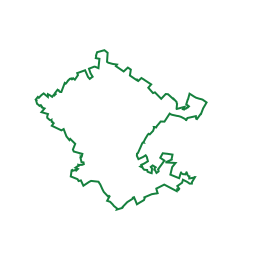 City of Tshwane, Gauteng, South Africa (Mercator projection), rotated 47°
{"feature_id": "47623444B80921072750836", "entity_name": "City of Tshwane", "entity_type": "district", "adm_level": 2, "iso_a3": "ZAF", "parent_name": "South Africa", "parent_adm1": "Gauteng", "projection": "mercator", "projection_center": [28.311, -25.594], "detail": "fine", "context": "isolated", "style": "outline", "palette": "green", "viewbox_px": 256, "rotation_deg": 47, "n_neighbors": 0, "source": "geoboundaries", "source_scale": "gbopen_adm2", "svg_char_len": 5221}
<svg xmlns="http://www.w3.org/2000/svg" viewBox="0 0 256 256"><g transform="rotate(47 128 128)"><path d="M44.9,169.0L45.1,172.6L43.8,172.7L44.3,176.1L45.3,176.0L45.3,176.5L48.3,178.0L50.7,177.6L50.9,177.7L51.1,177.7L51.6,177.6L51.7,177.4L51.7,177.2L51.7,176.8L51.6,176.6L51.7,176.4L51.8,176.4L51.9,176.5L52.0,176.5L52.1,176.4L52.1,176.2L53.8,176.4L53.9,176.9L54.5,176.9L56.8,175.7L57.4,180.5L63.2,177.0L64.5,179.3L65.5,180.1L69.5,179.7L69.5,179.8L69.8,178.5L70.3,179.1L71.6,179.0L71.7,179.5L73.8,179.1L74.4,182.2L84.3,178.3L84.9,175.8L92.3,178.8L93.0,178.8L96.9,179.1L96.6,177.7L103.6,177.4L106.2,183.0L108.2,183.7L113.6,180.4L115.8,179.0L116.2,179.6L116.4,179.9L117.3,181.3L117.4,181.6L117.6,182.8L117.2,182.7L117.3,182.8L117.3,183.1L117.6,183.2L121.3,185.3L122.8,184.0L124.3,185.0L123.6,186.8L123.1,187.3L122.4,188.0L122.1,188.6L121.0,189.4L122.0,190.0L121.6,190.7L121.2,193.5L123.8,192.5L123.8,194.7L123.2,194.4L122.6,195.6L122.3,196.2L121.7,197.4L120.7,197.3L120.5,198.1L124.4,202.9L131.0,199.8L133.1,200.3L134.2,198.2L139.8,200.0L140.9,193.2L141.5,191.1L147.2,186.2L147.3,186.2L147.5,186.3L149.5,186.7L150.1,186.7L155.1,188.4L158.2,189.3L164.7,189.3L164.7,188.2L165.4,188.1L167.0,192.9L169.8,191.4L173.7,191.3L175.2,191.5L179.6,190.9L180.0,191.8L182.5,186.8L182.5,186.3L182.2,186.3L182.1,186.1L181.7,179.1L182.8,173.4L183.0,172.2L182.3,171.9L182.7,170.8L186.3,172.1L189.9,173.5L190.3,171.5L190.4,170.9L191.6,165.5L190.6,163.5L189.9,163.3L192.6,155.8L194.7,152.6L195.2,152.0L195.9,150.8L195.1,150.4L192.8,149.3L191.6,148.6L192.2,146.7L193.0,144.0L194.1,140.1L207.5,135.4L206.4,133.8L207.7,133.5L207.4,132.0L204.1,131.5L204.9,125.8L204.3,124.7L203.3,123.1L208.0,121.4L210.1,121.0L210.6,120.9L212.2,119.2L211.2,118.1L209.6,112.5L209.3,112.8L209.5,113.3L206.7,117.6L206.5,117.4L206.4,117.4L206.2,117.2L205.9,117.0L205.8,116.9L205.5,116.7L205.4,116.6L205.2,116.5L205.3,116.3L205.2,116.1L204.4,116.6L203.8,116.6L203.6,116.6L203.0,116.5L202.2,116.2L201.7,115.8L201.3,115.7L200.4,115.4L200.3,115.5L201.1,117.6L200.0,118.5L199.4,119.2L197.5,119.9L196.8,119.5L196.7,119.6L198.0,122.1L198.6,123.0L199.6,124.8L198.4,125.4L191.0,128.8L189.9,127.1L189.0,125.8L186.7,122.3L186.0,117.1L178.7,124.0L180.6,118.5L180.9,117.5L180.3,117.2L179.6,116.1L178.5,114.5L177.8,113.6L174.1,116.5L173.7,116.8L172.1,118.2L170.2,119.8L171.7,124.4L171.8,124.7L174.6,124.1L174.9,124.0L176.6,123.6L177.1,125.8L177.6,128.3L178.1,131.0L178.7,133.8L178.7,134.2L179.4,134.3L180.2,135.0L180.6,135.2L180.6,135.5L180.3,137.8L177.0,136.9L176.4,137.2L175.6,135.9L175.6,134.6L173.2,135.2L172.5,135.4L172.2,135.5L172.1,136.8L172.0,137.9L172.4,138.0L173.8,137.9L177.2,141.5L176.9,141.7L176.2,142.1L175.2,142.6L174.0,143.2L173.3,143.5L171.8,142.6L169.6,144.6L167.7,144.6L166.3,144.1L166.2,144.4L165.8,144.4L165.7,144.8L164.6,145.2L164.7,144.8L164.6,144.4L164.7,143.5L164.0,143.3L164.9,140.9L165.8,136.7L165.9,136.1L162.0,134.0L160.0,133.7L159.7,135.6L159.4,137.0L158.7,139.1L157.9,141.6L156.7,141.2L154.4,140.5L152.9,138.9L153.1,137.9L152.8,137.1L151.3,133.6L151.0,132.8L149.1,128.5L148.7,127.2L149.3,126.6L149.1,126.6L147.6,122.5L146.4,118.2L146.3,116.9L147.5,116.4L147.2,111.6L145.7,108.8L144.9,108.4L145.6,107.7L146.7,107.2L146.8,107.1L146.2,105.3L146.2,105.0L146.1,104.1L145.6,100.0L145.5,99.8L145.5,99.7L148.2,97.0L145.9,87.7L147.4,87.3L148.5,86.7L150.8,85.1L152.3,84.1L153.8,82.9L155.0,82.2L156.1,81.6L159.2,80.5L159.9,80.3L161.3,79.8L162.2,80.7L161.2,77.7L161.7,76.9L162.9,74.9L163.6,73.7L165.6,70.3L167.7,71.8L168.5,71.5L167.2,64.6L167.3,64.6L164.7,59.3L164.8,59.4L163.6,55.3L162.9,53.1L158.1,54.1L156.7,54.9L155.2,55.9L152.2,57.6L149.9,58.3L147.4,58.9L144.9,59.6L148.0,64.6L148.0,64.8L148.0,65.0L150.4,69.2L153.7,68.7L153.7,68.8L153.7,69.0L153.4,69.5L153.5,69.8L153.8,69.9L153.8,70.0L153.7,70.6L153.6,70.8L153.5,71.1L153.3,71.1L153.3,72.1L153.3,72.4L153.3,72.5L153.0,72.6L152.9,72.8L152.9,73.0L152.7,73.1L152.6,73.3L152.4,73.4L152.4,73.6L152.5,73.6L152.5,73.8L152.5,74.0L152.7,74.4L151.7,75.0L151.0,72.4L147.3,79.4L147.1,79.4L143.3,75.1L143.4,75.3L143.1,75.4L142.0,74.7L137.7,74.7L137.8,75.1L130.6,75.7L128.9,77.2L128.9,77.5L129.3,83.8L120.3,84.0L119.5,85.9L112.4,85.7L112.3,85.0L111.9,81.3L105.8,82.8L104.9,83.0L104.3,83.2L103.5,83.3L100.6,84.1L100.6,88.5L99.5,88.8L99.4,88.4L98.6,88.4L98.5,89.1L90.9,90.8L87.2,86.1L83.7,86.9L83.7,92.6L74.5,94.7L74.1,92.8L70.7,95.5L66.8,97.9L65.3,98.2L60.6,93.2L59.1,91.6L55.0,92.2L51.5,98.9L53.2,102.0L53.6,102.1L54.9,103.9L57.9,101.7L64.1,108.8L60.7,110.3L60.1,110.9L58.0,116.1L62.5,118.1L66.4,118.9L66.1,121.1L66.1,121.7L66.0,122.5L63.3,122.4L56.5,120.0L54.7,124.3L54.1,125.7L53.2,127.7L55.2,128.5L55.9,131.6L56.4,133.9L54.2,134.2L54.3,135.3L54.2,135.8L53.8,135.8L53.7,135.7L53.4,135.5L53.2,135.5L53.0,135.8L53.1,136.0L53.0,136.3L52.8,136.5L52.7,136.6L52.6,136.8L52.5,137.0L52.4,137.1L52.5,137.3L52.5,137.8L52.5,138.0L52.4,138.1L52.4,138.5L52.4,138.9L52.5,139.1L52.4,139.5L52.4,139.8L52.6,140.0L53.1,142.8L53.1,143.3L52.3,143.4L51.9,143.5L55.0,149.8L56.2,152.2L55.3,153.1L54.1,153.2L53.6,153.2L52.9,153.0L52.5,153.5L52.0,153.5L52.7,157.7L53.4,157.6L53.9,157.7L53.8,158.5L54.0,159.6L53.1,159.8L53.5,162.2L50.7,162.8L48.7,163.5L50.6,165.4L45.2,166.1L44.9,169.0Z" fill="none" stroke="#15803d" stroke-width="2"/></g></svg>